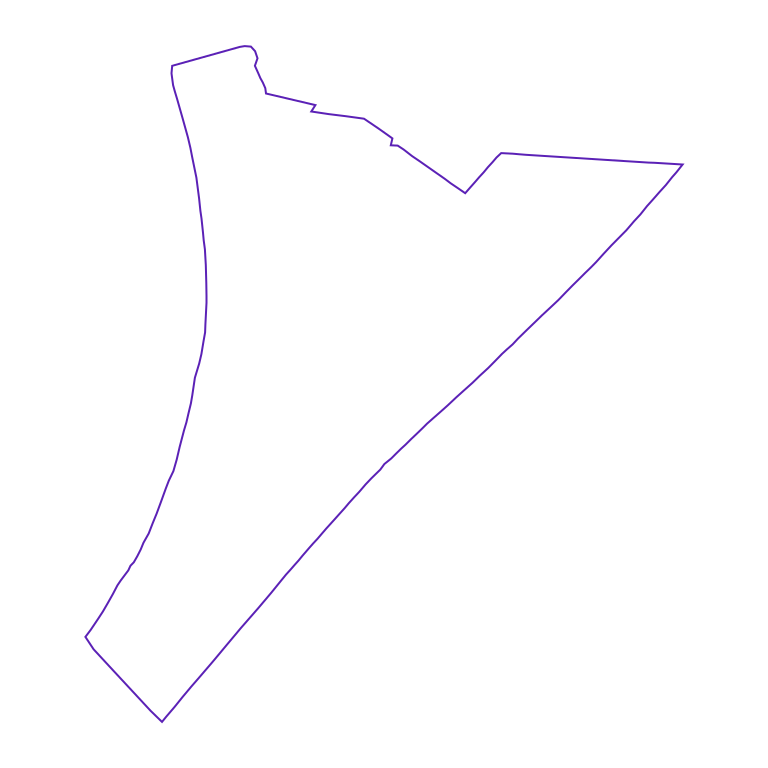 Tavares, Rio Grande do Sul, Brazil
{"feature_id": "56859067B79162312615317", "entity_name": "Tavares", "entity_type": "district", "adm_level": 2, "iso_a3": "BRA", "parent_name": "Brazil", "parent_adm1": "Rio Grande do Sul", "projection": "mercator", "projection_center": [-51.071, -31.314], "detail": "fine", "context": "isolated", "style": "outline", "palette": "violet", "viewbox_px": 768, "rotation_deg": 0, "n_neighbors": 0, "source": "geoboundaries", "source_scale": "gbopen_adm2", "svg_char_len": 2313}
<svg xmlns="http://www.w3.org/2000/svg" viewBox="0 0 768 768"><path d="M172.2,65.8L171.5,73.3L172.2,78.6L173.1,85.2L174.8,91.3L177.2,99.3L182.8,119.0L187.9,137.3L190.4,147.9L192.1,156.7L196.4,177.7L199.1,198.5L200.4,210.9L201.5,218.5L203.0,232.7L203.7,240.3L204.9,249.3L205.8,264.9L206.3,283.1L206.5,296.1L206.5,302.8L206.1,310.6L205.4,324.4L205.1,332.4L203.5,341.4L201.4,354.1L199.2,363.5L194.9,377.7L192.3,395.2L190.9,403.4L188.5,413.3L186.4,422.4L184.0,430.4L179.7,446.8L176.7,459.6L173.4,471.1L168.8,480.7L165.8,488.5L164.1,493.2L161.0,501.8L156.6,513.7L152.7,523.2L148.7,533.5L143.5,542.7L140.7,549.5L137.3,556.2L133.8,562.3L130.5,565.7L128.3,570.4L125.2,574.5L120.7,580.5L117.4,585.4L112.9,594.0L107.9,602.9L102.9,611.5L98.2,618.7L90.6,630.0L85.4,636.9L93.6,649.3L113.4,670.7L150.6,710.8L162.0,721.9L166.3,716.6L174.6,706.9L182.4,697.2L191.1,686.8L197.8,679.1L212.4,662.1L226.5,645.2L240.9,628.0L258.2,608.2L271.3,592.7L280.3,581.6L286.0,574.6L290.0,570.2L294.9,564.6L298.4,560.7L302.5,555.7L309.4,547.7L313.2,543.4L317.3,539.0L322.0,533.5L326.3,528.5L333.2,520.9L340.0,513.3L344.6,508.2L348.8,503.2L354.4,497.0L359.1,492.0L365.6,484.4L371.3,478.4L376.3,473.5L380.3,469.6L384.4,464.0L391.2,458.5L396.2,453.5L401.2,448.6L405.5,444.7L411.2,439.0L416.4,434.1L422.2,428.5L427.1,423.6L433.1,418.3L439.6,412.6L447.7,405.4L456.2,397.4L463.3,391.0L472.6,382.7L479.7,375.8L488.2,368.0L495.8,360.3L502.0,353.9L507.1,349.2L512.6,344.4L518.0,338.6L526.6,330.2L532.3,324.7L538.0,319.2L542.0,315.3L550.1,307.8L558.4,300.0L566.3,291.8L572.4,285.6L580.5,277.6L584.9,273.2L591.3,267.0L596.1,262.1L603.5,253.9L611.4,245.4L618.7,238.0L626.4,230.2L634.0,221.3L640.5,214.3L647.1,206.0L652.6,199.9L659.7,191.8L665.9,185.0L672.1,177.2L676.5,172.2L682.6,164.5L654.7,162.8L648.7,162.6L525.9,154.8L518.5,154.2L512.9,153.7L507.0,153.4L501.2,153.1L496.5,157.5L492.5,162.2L487.9,167.2L483.7,172.3L479.2,177.2L474.9,182.2L470.2,187.5L465.2,193.2L458.1,188.3L450.7,183.3L444.6,178.7L436.0,172.7L426.6,166.1L419.9,161.4L412.1,156.1L403.6,149.5L397.7,145.6L390.8,145.3L392.4,138.4L378.9,128.8L364.0,118.7L345.8,116.2L328.7,114.1L311.3,111.5L315.4,105.1L266.0,93.5L265.3,88.2L262.8,82.5L260.4,78.2L258.2,73.1L254.9,65.8L257.5,58.3L255.1,51.2L250.9,46.6L244.7,46.1L239.8,46.9L172.2,65.8Z" fill="none" stroke="#5b21b6" stroke-width="2"/></svg>